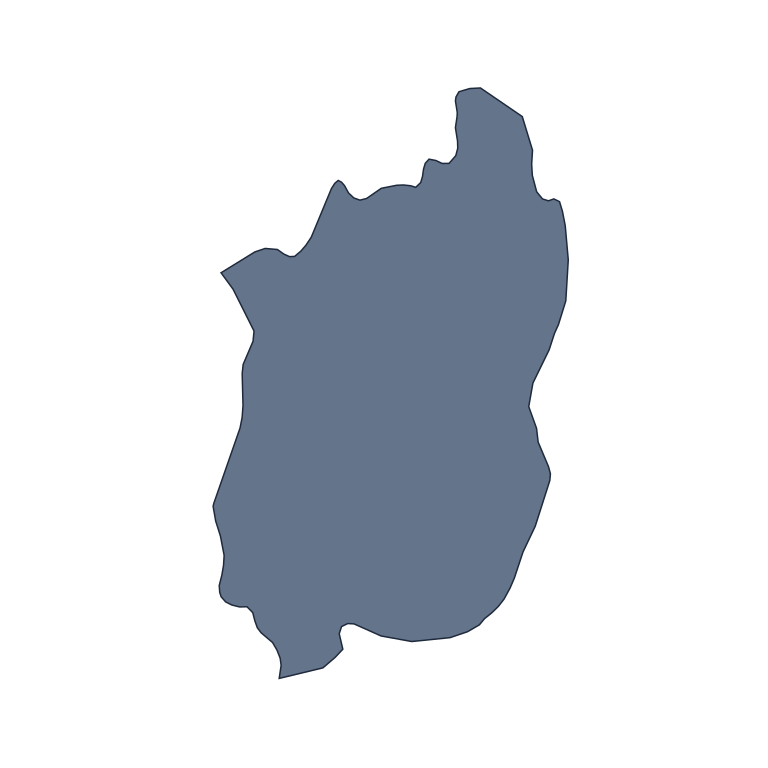 the border of Shiga, rotated 11°
{"feature_id": "JPN-1853", "entity_name": "Shiga", "entity_type": "Prefecture", "adm_level": 1, "iso_a3": "JPN", "parent_name": "Japan", "parent_adm1": "", "projection": "equal_earth", "projection_center": [136.094, 35.224], "detail": "fine", "context": "isolated", "style": "filled", "palette": "slate", "viewbox_px": 768, "rotation_deg": 11, "n_neighbors": 0, "source": "natural_earth", "source_scale": "10m", "svg_char_len": 1579}
<svg xmlns="http://www.w3.org/2000/svg" viewBox="0 0 768 768"><g transform="rotate(11 384 384)"><path d="M468.7,95.1L485.2,126.2L487.0,140.0L489.8,150.9L497.2,166.2L504.3,172.1L510.5,172.8L515.4,169.9L521.5,171.5L526.2,180.4L531.7,194.0L541.2,227.0L546.6,267.7L543.9,292.5L541.7,301.8L539.6,318.9L530.0,354.7L530.4,378.6L542.2,398.4L546.4,411.6L561.3,433.8L564.5,440.4L565.2,447.0L559.6,494.8L552.5,522.4L549.0,549.6L546.7,560.2L542.9,572.2L538.7,580.5L533.5,588.0L527.5,595.1L523.6,602.2L513.3,611.2L497.2,620.4L460.4,631.5L429.2,631.9L400.3,625.2L394.1,626.1L388.6,630.2L387.7,637.7L394.2,652.2L388.1,661.8L378.2,674.3L337.3,693.0L336.7,679.8L334.4,673.0L329.7,665.6L323.9,659.0L310.9,651.7L306.2,647.5L302.4,641.1L298.8,633.5L292.0,628.8L284.8,630.4L276.7,630.0L270.1,628.1L264.7,623.9L262.5,619.9L260.7,613.3L261.3,602.6L261.1,592.8L259.8,582.8L252.5,564.6L244.9,550.6L239.6,536.7L239.7,533.7L251.1,454.6L251.1,443.8L249.7,432.0L242.8,400.8L242.0,391.7L247.3,367.0L246.3,356.8L217.8,319.8L202.8,305.9L232.0,279.0L241.5,273.6L253.7,272.3L261.0,275.6L267.0,277.0L271.9,275.8L277.0,269.5L280.9,262.6L284.6,253.7L295.1,202.2L297.4,196.4L300.2,192.9L303.8,194.0L307.4,196.8L312.7,203.2L318.8,207.1L325.3,208.1L331.5,205.2L344.0,192.4L358.5,186.5L365.2,184.9L372.5,184.3L377.6,184.9L381.6,179.2L382.2,172.9L381.8,165.4L382.4,159.5L385.3,154.7L392.3,154.7L399.0,156.4L405.8,155.0L410.9,146.1L411.4,138.5L409.8,131.4L405.2,118.8L404.7,107.7L404.1,103.5L400.1,92.5L399.9,88.5L401.8,82.8L411.8,77.6L422.2,75.0L468.7,95.1Z" fill="#64748b" stroke="#1e293b" stroke-width="1.5"/></g></svg>